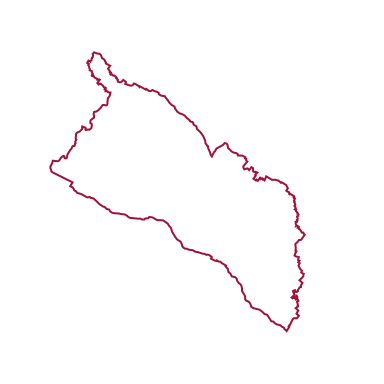 outline of Don Chedi, Suphan Buri, Thailand, rotated 201°
{"feature_id": "78962969B69423303850724", "entity_name": "Don Chedi", "entity_type": "district", "adm_level": 2, "iso_a3": "THA", "parent_name": "Thailand", "parent_adm1": "Suphan Buri", "projection": "robinson", "projection_center": [99.955, 14.648], "detail": "fine", "context": "isolated", "style": "outline", "palette": "rose", "viewbox_px": 384, "rotation_deg": 201, "n_neighbors": 0, "source": "geoboundaries", "source_scale": "gbopen_adm2", "svg_char_len": 6010}
<svg xmlns="http://www.w3.org/2000/svg" viewBox="0 0 384 384"><g transform="rotate(201 192 192)"><path d="M240.4,145.7L233.0,147.7L230.6,148.7L229.2,148.4L226.9,149.0L226.2,150.5L223.5,151.8L222.9,153.4L219.8,154.1L214.4,153.3L208.9,155.2L203.6,153.9L200.7,151.8L199.7,151.6L198.2,150.2L196.5,147.9L191.9,144.3L189.1,142.4L184.7,141.5L181.9,138.6L181.9,138.1L180.4,137.1L178.2,136.6L176.6,137.2L174.2,137.0L170.4,138.0L167.7,137.4L164.7,138.0L160.0,138.2L158.2,138.8L155.8,138.5L155.0,139.2L153.4,139.3L150.3,138.5L150.1,138.0L150.4,136.6L146.6,136.1L144.3,136.4L144.3,137.0L142.0,136.6L140.5,137.1L138.8,136.3L133.8,135.5L134.0,134.6L130.9,133.0L129.4,130.4L127.0,129.7L124.7,127.5L121.5,127.9L120.1,127.6L119.0,126.8L118.0,125.3L115.7,123.7L113.7,123.2L112.5,122.4L110.7,119.9L110.0,117.7L105.7,114.3L104.9,113.3L104.0,111.1L102.8,110.1L99.2,109.8L97.0,108.0L95.5,106.0L92.8,105.6L87.0,106.3L84.2,105.7L80.6,104.1L77.7,104.3L71.6,99.7L69.5,100.2L67.5,99.1L65.1,98.8L62.1,99.3L59.8,98.5L57.6,98.3L56.5,97.1L54.8,96.7L53.8,96.1L52.9,100.5L53.7,101.1L53.4,102.4L53.0,102.4L52.4,109.4L51.9,110.5L48.8,111.7L47.9,114.8L50.9,115.8L50.3,119.4L53.6,120.7L52.2,123.0L52.6,123.3L52.2,123.9L54.6,127.2L53.6,128.4L55.5,130.2L56.5,128.8L57.4,129.5L56.0,131.7L57.1,132.7L58.8,129.9L59.5,130.5L60.1,128.8L61.2,129.1L59.5,133.0L61.2,134.3L62.2,135.7L61.5,136.5L61.2,136.1L60.6,136.9L60.1,135.8L59.8,136.4L58.8,136.1L57.9,136.6L57.6,137.2L57.9,137.3L58.0,138.2L57.3,141.7L56.2,142.4L56.8,144.0L56.3,146.7L60.0,148.1L57.9,153.0L58.4,155.7L59.6,155.6L61.3,156.2L61.1,157.9L63.4,158.9L66.2,161.4L65.9,164.1L67.6,164.4L67.0,166.3L68.6,166.5L69.0,169.5L72.3,169.1L73.5,169.4L73.6,171.7L73.2,174.0L74.3,174.1L74.4,175.1L75.3,177.4L76.9,180.4L75.6,183.1L74.9,185.6L73.5,186.1L72.9,186.7L71.5,192.6L72.5,192.9L73.6,194.0L75.1,193.5L77.4,195.6L78.6,195.7L78.8,196.3L79.8,196.4L79.5,197.1L79.7,197.5L80.6,196.8L80.7,197.4L80.4,198.0L82.0,198.2L82.6,197.6L82.6,198.4L83.6,199.2L84.1,200.0L84.0,201.1L84.5,201.5L83.9,202.0L83.3,201.8L83.2,202.1L83.3,202.8L84.0,203.6L83.5,204.0L83.9,205.3L85.1,206.5L85.1,207.0L84.5,207.4L84.3,208.0L84.5,209.1L85.3,209.6L85.9,209.5L86.1,210.5L87.9,211.3L88.5,212.2L88.4,212.7L89.3,213.0L89.4,212.5L89.8,212.6L89.2,213.8L90.2,215.1L90.8,215.2L90.7,215.8L91.4,216.1L91.1,217.6L91.9,218.1L92.4,219.1L93.1,219.3L92.8,220.0L93.8,220.8L93.5,221.4L93.6,222.7L94.6,222.8L94.5,223.7L95.3,223.7L95.2,224.6L95.6,224.9L96.2,224.8L99.6,225.5L99.9,224.8L100.5,224.9L101.2,226.5L104.3,226.8L104.5,227.2L103.8,229.8L106.6,232.2L110.8,233.1L112.1,233.1L112.3,232.5L115.0,233.6L118.7,233.3L121.7,232.0L128.3,233.2L128.4,228.9L130.6,229.9L130.6,229.0L133.3,229.8L133.2,228.5L133.9,228.8L134.5,226.0L136.3,226.6L136.5,225.7L139.4,226.4L138.3,230.0L139.2,230.6L137.9,233.5L139.7,233.6L139.7,233.1L142.3,233.1L143.7,236.2L145.4,236.5L146.5,232.9L148.5,234.0L151.3,231.9L152.5,232.9L153.3,234.3L151.3,240.2L152.7,240.8L153.2,242.4L154.5,242.4L154.6,243.6L158.1,244.0L162.3,242.5L162.9,243.8L164.4,244.2L167.5,243.7L170.0,244.1L171.1,244.9L174.2,246.0L175.5,248.4L176.4,249.3L177.7,249.6L179.1,249.3L180.0,246.9L184.8,241.3L185.1,238.5L185.6,237.7L185.9,235.8L186.2,232.3L187.9,233.4L188.7,234.7L192.4,238.5L193.0,239.2L193.2,240.4L194.6,240.7L195.4,241.5L196.7,242.1L198.0,244.5L201.4,248.1L205.8,251.0L210.0,252.6L211.4,254.9L213.9,255.3L215.3,256.1L215.7,257.1L216.2,257.4L219.2,257.3L219.6,258.0L223.8,259.4L226.0,260.7L228.4,261.1L231.9,261.0L233.2,261.5L234.2,261.5L237.9,264.0L238.9,265.5L242.2,266.0L245.4,267.4L247.3,268.9L250.3,270.5L251.6,271.7L255.5,270.9L257.9,271.4L258.6,272.6L260.7,273.0L263.3,272.7L265.4,273.1L266.8,271.3L268.3,270.9L271.7,271.9L271.8,271.0L278.5,272.0L278.7,271.2L279.6,271.8L283.8,272.6L285.1,272.5L285.6,270.6L286.8,269.5L290.1,268.9L290.4,269.2L293.1,269.0L293.1,271.1L296.4,272.0L297.0,270.1L297.7,269.1L298.8,268.5L300.7,268.4L301.4,270.1L302.0,270.0L302.6,271.0L303.5,271.8L303.9,271.4L304.6,272.4L306.6,272.9L307.2,272.4L308.9,273.1L309.8,272.3L310.4,272.6L310.4,274.3L311.6,274.1L311.9,274.4L311.6,275.1L314.6,277.0L313.6,280.5L318.5,281.1L318.8,282.1L320.3,283.0L320.5,283.6L322.3,284.5L323.9,284.7L326.0,287.1L327.9,287.9L330.1,287.3L333.5,287.3L334.2,285.2L333.4,284.3L333.1,283.3L333.2,281.4L333.5,281.4L333.6,280.8L333.0,278.7L334.3,277.6L334.1,277.3L335.7,277.6L336.1,276.0L335.9,275.9L336.0,274.9L334.2,274.6L334.3,273.2L333.4,272.7L332.1,270.7L331.4,270.2L331.2,269.0L328.7,268.9L328.4,267.7L327.1,267.0L327.4,265.5L328.0,265.5L327.4,265.2L327.2,264.6L326.6,264.5L326.3,265.2L325.6,264.9L325.5,265.2L324.1,264.0L320.9,263.6L320.8,262.9L318.8,263.2L318.8,263.8L318.3,263.8L319.4,260.0L318.1,259.9L318.1,259.0L317.8,258.8L316.1,260.4L312.8,259.1L312.0,258.2L311.0,258.0L310.5,258.5L309.7,258.2L310.2,256.5L308.8,256.3L308.8,255.1L306.9,255.7L306.3,255.1L305.3,255.1L303.8,255.7L303.3,252.3L304.1,249.2L302.5,243.5L302.6,242.7L303.1,242.1L305.8,241.6L306.7,241.0L307.6,237.4L308.9,234.6L310.1,232.8L311.7,232.0L312.1,231.5L311.6,228.9L310.8,228.3L310.1,226.3L311.5,224.3L312.3,222.5L312.3,221.6L311.4,219.8L310.2,219.7L309.8,219.4L308.9,216.3L309.0,215.3L310.2,213.3L311.5,213.1L313.4,211.7L313.8,211.9L314.0,213.2L314.5,214.0L316.3,213.7L318.0,213.9L318.0,213.4L317.2,212.2L317.2,211.3L318.5,208.2L320.2,206.7L320.9,205.6L321.0,204.2L320.6,203.4L320.2,201.5L319.5,199.9L318.7,199.4L319.1,197.1L318.2,196.0L318.6,194.6L318.1,193.4L318.3,192.9L319.9,192.0L320.0,191.6L320.1,189.1L320.8,187.4L321.7,182.4L321.1,179.3L321.9,178.1L322.6,178.0L323.3,178.3L324.0,179.7L325.0,179.6L326.6,177.2L327.2,174.1L327.8,173.1L328.6,172.5L333.2,171.3L332.9,168.9L333.3,165.0L332.8,163.5L331.1,161.7L330.6,160.7L329.5,160.4L306.9,158.2L307.8,153.7L305.3,153.6L303.7,152.6L302.7,151.4L300.3,151.0L299.0,150.0L294.7,150.4L287.9,149.4L285.6,150.8L284.7,150.2L281.5,150.7L273.9,147.5L269.6,146.5L268.4,146.8L265.6,145.6L263.1,145.9L261.1,144.4L259.4,144.1L257.4,144.2L252.3,145.8L250.1,146.0L246.7,147.0L244.0,146.5L242.6,145.8L240.4,145.7Z" fill="none" stroke="#9f1239" stroke-width="2"/></g></svg>